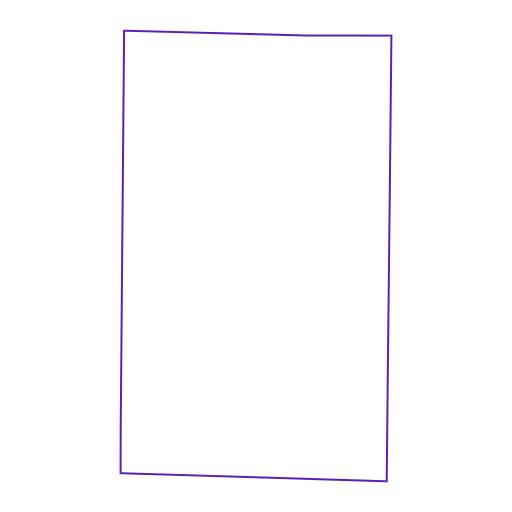 outline of Warren, Illinois, United States of America
{"feature_id": "52423323B212950030214", "entity_name": "Warren", "entity_type": "district", "adm_level": 2, "iso_a3": "USA", "parent_name": "United States of America", "parent_adm1": "Illinois", "projection": "mercator", "projection_center": [-90.608, 40.848], "detail": "fine", "context": "isolated", "style": "outline", "palette": "violet", "viewbox_px": 512, "rotation_deg": 0, "n_neighbors": 0, "source": "geoboundaries", "source_scale": "gbopen_adm2", "svg_char_len": 231}
<svg xmlns="http://www.w3.org/2000/svg" viewBox="0 0 512 512"><path d="M124.1,30.7L120.7,429.1L120.6,473.2L386.7,481.3L387.6,392.6L390.2,154.8L391.4,35.6L305.5,35.5L124.1,30.7Z" fill="none" stroke="#5b21b6" stroke-width="2"/></svg>